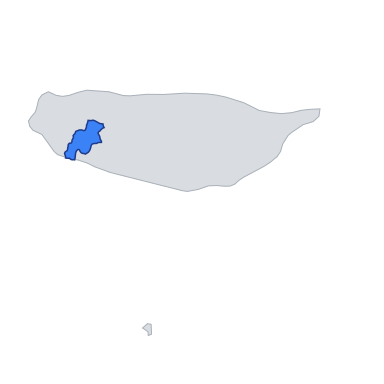 location of Hsinchu within Taiwan, rotated 257°
{"feature_id": "TWN-1162", "entity_name": "Hsinchu", "entity_type": "County", "adm_level": 1, "iso_a3": "TWN", "parent_name": "Taiwan", "parent_adm1": "", "projection": "natural_earth1", "projection_center": [121.134, 24.693], "detail": "fine", "context": "in_parent", "style": "filled", "palette": "blue", "viewbox_px": 384, "rotation_deg": 257, "n_neighbors": 0, "source": "natural_earth", "source_scale": "10m", "svg_char_len": 2010}
<svg xmlns="http://www.w3.org/2000/svg" viewBox="0 0 384 384"><g transform="rotate(257 192 192)"><path d="M256.3,275.9L251.9,286.0L248.3,296.6L246.9,306.6L247.0,316.9L245.9,326.2L244.2,335.4L237.2,332.7L233.4,326.1L232.6,315.3L227.5,302.2L225.6,298.5L218.4,291.2L211.7,287.5L206.6,282.1L207.3,282.6L203.5,275.3L200.7,267.6L194.8,245.6L192.8,240.3L190.0,235.4L189.2,230.6L190.2,225.3L192.8,217.3L194.3,209.3L193.1,198.4L193.6,187.6L195.5,182.8L229.3,116.9L238.4,102.9L244.0,96.1L248.7,88.3L253.2,78.5L258.6,69.5L262.6,66.7L281.8,58.7L287.8,51.0L292.6,48.6L298.1,48.7L301.6,52.4L304.7,56.8L308.0,59.1L316.6,63.4L320.3,67.5L322.0,74.6L316.8,81.3L314.3,87.3L313.8,94.0L314.7,103.1L314.9,112.2L308.4,133.5L301.4,146.8L299.6,153.4L297.4,169.8L293.4,186.3L289.9,207.2L284.2,228.7L280.9,237.7L276.9,246.3L267.3,262.6L256.3,275.9ZM70.6,113.2L73.7,118.9L72.3,122.4L62.5,120.6L62.0,117.1L65.7,117.7L70.6,113.2Z" fill="#d9dde1" stroke="#a8b0b8" stroke-width="1"/><path d="M249.7,84.9L250.1,84.2L250.2,83.0L250.5,82.2L251.0,81.3L251.7,80.7L252.4,80.4L252.4,80.1L252.6,79.2L253.2,77.4L253.7,76.4L254.6,76.8L258.3,76.5L259.5,77.4L260.6,80.0L262.0,80.5L263.2,80.9L264.3,81.5L266.1,82.1L267.1,83.4L266.8,85.1L267.7,86.2L269.5,86.8L270.6,87.7L271.5,88.6L272.5,88.8L273.6,88.8L274.5,89.8L275.2,91.1L276.4,91.8L277.3,92.6L277.4,94.0L277.8,96.2L277.3,98.5L276.1,100.4L276.2,101.7L277.6,102.8L279.3,103.9L280.8,104.2L281.9,105.1L283.9,106.3L285.2,106.9L284.5,108.9L284.2,110.3L284.3,111.6L283.3,113.3L279.5,117.5L278.3,120.6L277.6,120.4L274.7,120.7L274.5,120.8L274.3,119.4L273.1,117.1L272.2,116.1L271.8,114.8L270.5,113.6L267.0,114.6L265.8,114.4L263.9,114.5L261.8,115.2L260.7,114.9L261.0,113.4L261.3,112.0L261.0,110.8L260.8,110.0L261.0,109.0L261.2,108.0L261.3,106.9L261.1,105.3L260.1,104.3L256.8,102.6L255.2,101.3L254.1,100.0L252.9,96.7L253.6,95.8L254.2,94.1L255.1,92.9L256.7,92.1L258.1,91.9L258.8,91.5L259.0,90.4L258.5,89.3L257.5,88.2L256.0,87.3L251.9,85.9L249.7,84.9Z" fill="#3b82f6" stroke="#1e3a8a" stroke-width="1.5"/></g></svg>